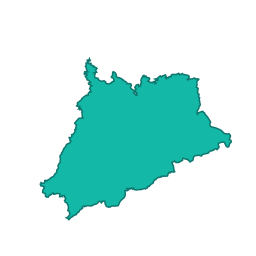 the district of Kota Tasikmalaya, Jawa Barat, Indonesia, rotated 257°
{"feature_id": "22746128B57000549481658", "entity_name": "Kota Tasikmalaya", "entity_type": "district", "adm_level": 2, "iso_a3": "IDN", "parent_name": "Indonesia", "parent_adm1": "Jawa Barat", "projection": "natural_earth1", "projection_center": [108.229, -7.36], "detail": "fine", "context": "isolated", "style": "filled", "palette": "teal", "viewbox_px": 256, "rotation_deg": 257, "n_neighbors": 0, "source": "geoboundaries", "source_scale": "gbopen_adm2", "svg_char_len": 5791}
<svg xmlns="http://www.w3.org/2000/svg" viewBox="0 0 256 256"><g transform="rotate(257 128 128)"><path d="M93.0,29.9L91.2,30.1L90.0,32.8L89.2,33.2L88.7,32.6L87.9,32.6L87.8,32.1L86.5,31.0L84.4,30.3L83.7,31.4L83.1,31.7L82.9,32.5L81.6,32.7L80.3,32.2L79.1,33.0L78.6,34.7L79.8,35.8L80.2,36.8L80.0,37.3L81.5,39.9L81.5,40.3L81.3,40.9L80.2,40.6L80.0,42.5L80.2,44.3L79.2,46.9L76.4,45.9L76.2,46.5L76.5,47.8L75.8,48.7L76.8,48.8L76.5,50.8L74.4,50.9L73.7,51.5L72.5,50.9L71.6,49.9L71.3,50.2L70.0,50.0L68.8,51.5L66.4,52.2L63.7,52.1L61.1,50.8L60.5,51.8L56.9,52.0L54.9,49.6L54.4,47.8L53.4,49.3L52.6,49.8L52.2,49.5L52.0,49.9L53.8,52.5L54.3,54.4L55.1,55.6L55.2,58.0L56.3,58.9L57.4,61.4L58.9,62.6L59.9,65.5L60.7,65.9L61.0,65.6L62.0,66.9L61.8,67.7L61.1,68.0L61.5,71.2L60.3,74.4L60.5,76.4L61.2,77.2L61.0,79.8L61.7,81.6L62.9,82.8L62.7,84.5L61.0,85.2L61.2,85.7L62.4,86.4L61.8,89.0L59.2,88.6L57.6,89.3L56.6,89.2L55.3,91.1L55.0,93.0L55.5,93.9L55.5,95.4L54.8,98.0L54.6,101.0L58.5,104.0L61.2,108.8L63.6,110.4L67.7,111.0L67.1,113.4L67.5,114.3L68.4,113.6L68.7,114.0L69.2,113.6L68.8,115.5L68.0,115.8L68.8,117.7L68.3,117.7L67.4,118.6L68.2,119.8L66.6,120.1L65.7,122.4L65.5,125.3L65.1,126.2L65.3,130.4L64.7,131.5L65.2,132.1L65.3,133.5L66.6,133.9L66.7,134.4L66.3,135.4L68.0,137.8L68.2,138.8L68.8,139.6L68.8,140.3L70.0,140.6L70.7,141.6L71.5,142.0L71.4,143.4L71.8,143.6L73.1,146.2L72.8,147.3L73.0,148.4L72.7,149.1L73.5,149.8L73.5,150.4L72.9,151.1L73.1,152.3L72.5,154.0L72.6,155.3L72.0,156.1L72.8,155.7L75.3,157.6L74.9,158.6L75.5,159.0L74.9,159.4L75.5,160.2L75.6,161.0L74.7,162.5L74.9,163.7L76.3,163.3L80.8,163.7L84.3,162.9L85.3,166.0L84.6,166.2L83.5,167.2L83.0,169.7L84.3,173.9L85.6,174.3L86.1,174.9L84.7,177.2L84.0,179.3L82.8,179.4L82.5,180.1L81.5,181.0L81.0,180.9L82.0,184.0L85.3,185.6L85.9,186.8L85.5,191.2L84.2,193.1L85.5,194.8L85.5,200.6L87.2,202.8L86.8,204.6L87.3,205.7L87.1,206.4L88.0,208.0L87.9,209.3L86.9,209.9L87.0,210.2L88.9,212.5L91.4,212.1L92.6,212.7L93.1,215.5L92.9,217.5L92.3,218.7L88.1,219.6L87.1,220.7L87.0,221.8L90.0,223.7L91.2,225.6L92.7,225.5L94.2,224.1L96.7,225.9L97.7,226.1L99.7,225.1L99.8,223.4L101.0,220.6L104.7,218.3L106.2,216.5L108.3,213.6L110.7,209.0L111.9,208.5L113.5,208.6L115.2,209.8L115.8,209.7L120.9,207.9L124.7,205.9L125.6,205.9L125.8,205.4L127.5,204.5L127.1,200.5L126.7,199.5L125.9,198.8L127.2,198.6L129.0,199.3L130.9,201.2L132.2,201.7L134.2,203.6L140.0,203.9L141.4,204.6L142.5,203.8L143.4,203.9L144.3,204.7L145.1,204.7L146.1,203.8L147.0,203.7L150.8,205.3L152.5,203.8L154.7,205.0L157.3,205.4L158.4,206.1L159.2,207.7L159.8,207.9L160.5,206.1L160.4,205.3L161.8,203.8L161.4,201.9L161.8,199.2L161.4,196.1L163.3,198.8L164.5,199.2L165.2,198.9L166.0,198.0L167.8,193.9L168.9,193.1L168.2,191.6L168.7,190.7L168.4,190.3L169.5,190.0L169.9,189.6L169.4,188.9L169.7,188.1L169.2,187.1L169.8,185.3L170.2,183.0L169.8,182.1L168.6,181.8L168.9,181.4L168.4,180.9L168.7,180.5L168.5,178.9L167.8,178.5L168.3,177.6L167.9,177.2L168.0,176.7L167.5,176.3L168.3,175.9L169.1,176.0L169.4,176.7L171.3,176.5L170.9,172.9L170.2,172.1L170.3,171.6L171.4,171.3L171.4,170.7L170.1,168.2L167.6,167.7L167.9,166.6L168.4,167.1L169.6,166.7L169.6,165.5L169.0,166.4L168.6,165.7L167.2,164.9L166.3,164.8L165.5,165.4L165.0,164.4L165.6,164.0L166.8,164.3L167.4,163.6L167.5,163.1L166.5,161.8L167.2,161.1L167.5,159.7L168.6,159.0L169.1,157.9L170.4,159.7L171.5,160.2L172.2,159.8L173.0,157.6L173.9,157.5L174.7,157.0L174.8,156.3L174.1,155.6L174.4,155.0L175.7,155.2L175.6,154.5L172.7,151.9L171.2,151.2L169.4,151.5L168.9,150.7L166.4,149.8L165.8,148.0L168.0,148.2L168.1,147.6L168.0,145.7L166.5,144.5L166.3,143.8L165.6,143.8L164.8,144.5L163.9,144.0L163.7,144.4L163.0,143.6L161.5,143.0L160.2,144.7L159.4,143.9L158.1,144.2L158.1,143.3L161.0,141.4L162.7,142.4L163.2,142.4L165.2,140.3L166.3,139.6L167.4,139.7L168.9,141.0L170.2,140.7L170.9,139.5L171.3,137.2L172.7,137.0L174.0,135.9L174.4,135.0L175.9,134.2L176.3,133.4L176.7,133.5L178.7,131.3L179.8,128.9L180.9,128.1L182.2,128.6L183.3,128.4L185.0,127.7L186.0,126.6L186.1,126.2L185.8,125.7L182.5,124.6L181.8,123.4L180.9,123.3L179.8,125.1L176.6,124.8L176.8,123.9L176.0,121.7L175.5,121.8L175.3,118.9L176.4,116.5L177.9,116.6L179.4,115.3L179.4,113.3L180.0,111.6L181.9,110.0L183.2,109.9L184.6,107.1L187.1,107.3L188.1,108.3L188.7,108.1L189.3,107.3L189.3,110.0L191.8,109.4L192.9,111.2L194.0,110.6L194.7,109.3L195.4,109.1L195.3,108.1L196.3,108.3L197.9,106.2L199.3,106.5L199.6,105.7L199.0,105.2L199.1,104.7L200.2,104.3L200.4,103.8L201.8,103.9L202.1,106.4L204.0,106.0L203.2,105.6L203.2,103.4L202.2,103.6L200.4,102.8L200.7,101.7L198.7,101.5L197.7,100.3L196.2,101.0L194.6,100.7L191.7,101.6L191.7,101.0L192.6,99.2L192.6,98.5L190.5,97.5L190.0,97.7L189.9,98.2L190.6,99.2L189.9,100.1L188.8,100.1L188.1,98.1L187.4,98.1L186.2,98.9L184.1,99.0L183.2,100.3L180.8,102.0L180.5,101.7L180.7,99.6L179.6,99.5L177.4,102.3L176.7,100.4L175.5,100.1L174.7,99.3L173.4,100.1L171.4,100.0L172.0,98.7L171.4,98.4L170.8,97.1L168.7,96.5L168.6,96.0L169.4,95.0L168.4,92.3L166.8,89.3L165.9,89.0L164.0,84.6L163.4,84.2L162.6,84.6L161.1,82.9L160.4,83.9L160.0,85.6L159.3,85.0L159.0,85.8L157.7,84.2L157.5,85.5L156.8,85.2L156.8,86.8L156.0,86.6L154.3,87.2L153.5,86.4L152.6,86.7L149.4,85.9L148.2,86.4L147.8,86.2L148.5,82.3L144.9,77.3L144.3,77.2L142.6,78.4L139.6,77.0L138.6,77.2L138.4,75.8L136.8,75.7L135.2,74.6L134.8,73.6L134.1,73.2L134.2,71.6L132.6,71.5L132.1,71.1L131.5,69.4L131.9,68.6L131.2,68.5L130.9,69.1L129.2,68.6L128.8,69.3L128.0,69.5L127.3,68.4L126.4,67.8L126.2,65.6L125.7,64.4L123.7,62.7L122.4,60.9L119.5,58.8L118.8,57.7L117.7,57.7L116.7,55.9L115.2,55.2L113.0,55.2L111.3,54.4L109.7,54.5L109.3,53.3L107.3,51.4L104.4,51.1L103.2,49.3L100.5,48.3L100.0,46.9L97.5,44.4L97.0,41.9L95.6,39.6L95.5,38.4L94.6,36.9L95.5,36.1L95.7,35.5L95.5,35.1L93.5,34.5L93.1,34.0L93.4,32.4L94.4,31.0L93.1,30.5L93.0,29.9Z" fill="#14b8a6" stroke="#0f766e" stroke-width="1.5"/></g></svg>